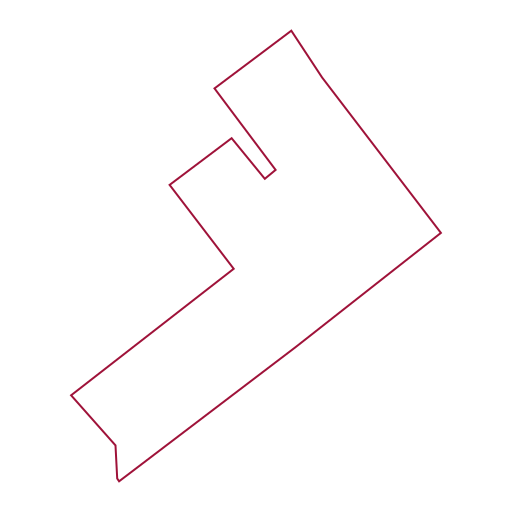 outline of Ciuperceni, Teleorman, Romania
{"feature_id": "2599482B70697570158857", "entity_name": "Ciuperceni", "entity_type": "district", "adm_level": 2, "iso_a3": "ROU", "parent_name": "Romania", "parent_adm1": "Teleorman", "projection": "orthographic", "projection_center": [24.931, 43.803], "detail": "fine", "context": "isolated", "style": "outline", "palette": "rose", "viewbox_px": 512, "rotation_deg": 0, "n_neighbors": 0, "source": "geoboundaries", "source_scale": "gbopen_adm2", "svg_char_len": 326}
<svg xmlns="http://www.w3.org/2000/svg" viewBox="0 0 512 512"><path d="M296.0,346.8L440.9,232.9L322.1,77.5L291.3,30.7L273.9,43.8L214.5,88.4L240.1,122.6L275.6,169.9L264.8,178.8L231.6,138.2L169.6,184.9L233.7,268.8L71.1,395.3L115.5,445.4L117.2,478.5L119.1,481.3L296.0,346.8Z" fill="none" stroke="#9f1239" stroke-width="2"/></svg>